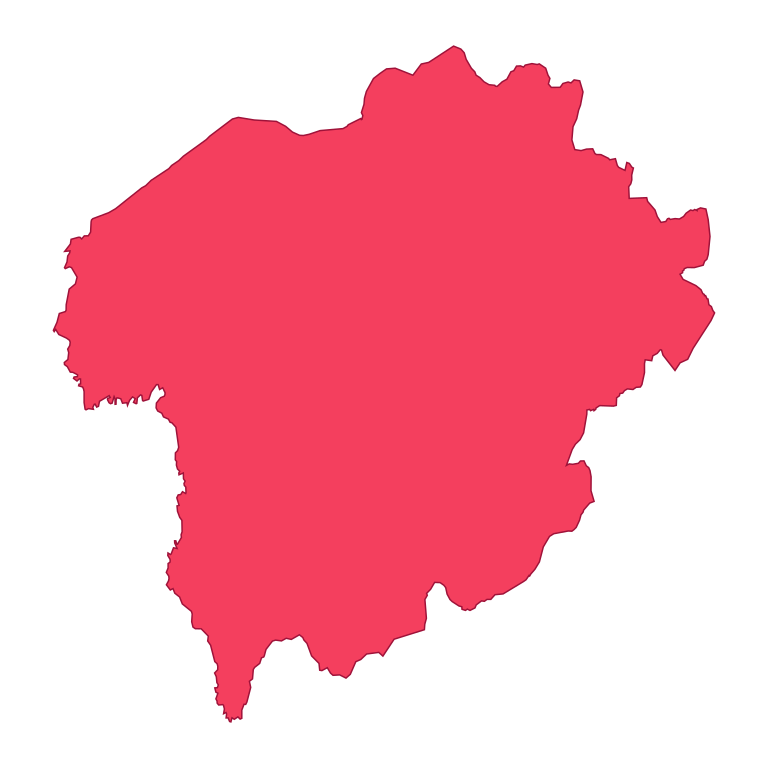 outline of Ngoma, Eastern, Rwanda
{"feature_id": "39286606B28964371534134", "entity_name": "Ngoma", "entity_type": "district", "adm_level": 2, "iso_a3": "RWA", "parent_name": "Rwanda", "parent_adm1": "Eastern", "projection": "equal_earth", "projection_center": [30.488, -2.198], "detail": "fine", "context": "isolated", "style": "filled", "palette": "rose", "viewbox_px": 768, "rotation_deg": 0, "n_neighbors": 0, "source": "geoboundaries", "source_scale": "gbopen_adm2", "svg_char_len": 6018}
<svg xmlns="http://www.w3.org/2000/svg" viewBox="0 0 768 768"><path d="M71.1,239.3L70.4,244.0L64.7,251.4L70.0,250.9L69.7,252.8L67.7,256.0L67.0,262.0L64.5,267.7L65.3,268.6L69.3,266.8L71.5,267.6L77.1,277.1L75.4,283.9L69.2,289.1L66.2,304.7L66.1,310.3L65.3,311.6L59.3,313.5L57.0,322.3L53.4,330.3L54.2,331.6L55.7,329.4L58.8,334.5L66.5,338.1L69.5,340.3L70.2,342.2L69.8,345.5L67.7,349.1L68.7,352.6L67.9,359.5L64.3,362.5L64.5,364.6L67.3,366.6L70.3,372.1L72.8,372.3L77.6,374.8L77.4,376.6L74.1,377.0L73.5,378.4L77.0,381.0L79.3,378.9L80.5,379.0L80.6,383.9L79.0,384.2L78.6,385.8L82.6,387.0L83.5,388.9L84.1,391.6L84.1,402.6L85.1,409.2L86.0,409.8L88.5,408.6L93.4,409.3L92.8,407.3L94.3,404.3L95.1,404.1L96.7,407.1L98.5,406.3L99.5,401.3L109.2,395.6L110.2,397.5L107.6,398.5L107.5,399.7L109.0,402.7L110.5,403.7L112.1,403.2L114.1,396.6L115.0,398.6L115.1,404.3L116.0,404.2L116.1,399.8L116.9,397.9L117.8,397.9L120.8,398.8L122.5,403.2L126.9,402.7L127.5,405.4L129.6,400.3L132.5,396.9L135.2,398.6L133.5,402.4L136.1,403.7L136.8,403.4L137.4,397.8L140.5,394.9L141.8,395.4L142.6,400.6L143.3,401.0L148.8,399.3L151.2,392.1L156.5,384.6L158.1,384.6L159.6,389.5L162.7,387.8L163.4,389.2L165.1,392.8L164.9,394.8L164.3,396.2L160.6,397.7L156.4,403.1L156.1,407.9L157.7,411.0L161.8,413.2L163.5,416.9L168.4,419.1L170.1,422.3L171.8,422.7L175.9,427.2L178.7,447.3L177.6,450.6L175.4,452.9L175.3,459.8L176.6,461.5L176.4,465.1L177.5,469.0L179.7,471.2L178.8,473.0L179.0,474.8L183.3,473.0L183.5,478.8L185.1,481.1L184.0,483.5L184.3,485.4L185.8,487.1L186.0,492.6L185.7,493.5L182.5,491.7L180.7,494.5L178.2,494.9L176.8,497.8L179.1,505.4L177.0,505.9L177.5,511.3L179.7,517.3L181.9,520.4L182.1,531.8L181.1,534.7L181.4,537.5L177.5,544.2L176.8,544.1L175.8,540.8L174.6,540.8L174.7,543.0L177.1,548.5L173.5,547.8L171.2,553.9L170.4,554.5L168.0,553.0L167.8,555.5L170.0,559.2L170.2,561.0L169.9,562.3L168.1,563.5L168.1,568.0L166.3,572.4L168.8,576.2L169.0,578.5L168.5,580.9L166.4,584.8L170.3,590.0L173.0,588.6L174.8,593.2L179.6,597.0L182.3,603.9L191.4,611.3L192.2,614.0L191.7,621.8L193.0,627.1L195.3,628.7L201.2,628.8L208.3,636.1L207.7,641.0L210.6,645.2L214.8,661.6L217.1,663.7L217.8,666.2L217.7,669.7L214.6,673.0L216.3,676.7L216.9,682.6L218.3,684.9L217.4,687.6L214.8,687.9L215.9,692.2L217.9,693.2L215.9,698.9L217.0,700.9L217.2,703.2L218.7,705.0L222.8,704.6L223.5,705.4L224.4,708.9L223.6,713.7L226.0,712.5L226.6,713.9L226.1,717.9L228.1,717.9L229.6,721.5L230.9,721.9L232.0,717.8L234.3,719.3L237.9,716.9L240.1,719.1L241.8,718.3L241.8,710.1L244.0,704.3L245.7,704.4L246.9,702.0L250.7,687.4L249.4,681.3L252.5,678.9L253.3,669.5L254.6,667.4L259.7,663.4L261.5,657.8L263.7,657.0L264.3,655.8L266.0,649.4L272.4,641.1L275.6,640.1L281.5,640.9L286.2,638.3L291.3,639.4L299.4,634.8L302.8,637.5L303.9,640.0L307.0,643.4L311.6,655.9L319.0,663.4L319.7,670.2L321.9,670.6L327.3,667.7L330.5,673.1L333.0,675.3L339.7,674.9L346.0,678.1L350.3,674.3L355.8,661.7L360.8,659.5L366.6,654.0L378.8,652.4L382.9,656.1L394.1,639.2L424.4,629.7L424.8,624.2L426.4,618.3L424.9,599.5L427.3,595.3L426.6,593.4L430.6,589.3L434.6,582.4L440.1,582.6L443.8,585.2L445.7,587.6L447.1,594.1L450.0,599.5L452.2,601.6L459.0,606.0L461.8,606.7L462.0,609.3L465.5,610.4L467.3,609.1L470.0,610.4L475.0,607.9L476.2,604.9L481.5,600.9L484.4,601.3L487.0,599.4L490.8,599.4L495.0,594.7L503.1,593.9L523.4,581.6L526.0,579.8L529.0,575.5L529.9,576.6L529.6,576.1L530.8,574.0L534.9,569.3L539.4,561.9L543.3,546.9L549.5,536.4L553.8,533.7L568.2,531.0L571.9,531.2L574.0,529.6L576.2,527.4L579.5,520.3L581.0,514.8L583.0,512.3L583.7,510.0L589.7,503.1L594.1,501.4L591.0,490.7L591.1,476.8L590.0,470.6L588.7,467.6L586.3,465.8L584.0,460.9L580.4,461.0L578.4,463.3L572.6,464.3L569.2,463.9L566.4,465.4L572.2,449.5L575.4,444.2L580.1,439.6L583.6,432.9L586.8,414.2L586.9,410.0L589.6,409.4L590.5,410.7L593.7,409.4L594.0,410.7L595.7,409.4L596.1,407.9L599.7,405.6L613.5,406.1L616.3,405.4L616.6,397.8L619.4,395.8L619.9,393.5L622.7,393.1L624.5,390.6L627.4,388.9L633.0,389.5L636.2,387.3L640.4,387.0L641.9,384.6L644.5,372.6L644.5,363.6L645.2,359.8L651.7,360.7L652.8,355.8L657.2,353.4L660.3,349.7L661.5,350.0L663.0,355.1L675.0,370.5L680.1,362.8L687.7,359.3L693.1,348.3L711.0,320.6L714.6,312.9L712.8,310.4L711.4,306.6L708.9,304.7L708.0,299.0L707.0,298.8L705.6,295.6L704.5,295.7L704.2,294.4L702.8,293.6L701.0,289.7L695.9,285.6L683.1,279.4L680.0,274.2L682.6,272.7L682.5,271.0L683.7,270.4L684.3,268.7L687.1,267.5L694.3,267.6L703.2,265.2L704.6,261.3L706.9,259.2L708.2,254.7L710.0,236.5L708.2,219.6L705.9,209.0L700.5,207.9L697.0,209.5L697.1,210.6L694.7,209.5L693.0,210.6L690.6,210.0L686.1,213.2L683.6,216.5L679.4,219.0L675.1,218.6L670.3,219.4L669.0,218.3L667.5,218.8L665.8,221.5L661.0,222.4L657.3,216.6L655.0,210.0L647.6,201.4L646.7,197.7L629.2,198.4L628.7,186.7L630.8,183.8L631.8,179.9L631.7,175.1L633.4,168.0L631.9,167.2L629.3,163.4L626.8,162.5L625.0,170.4L618.6,167.3L617.3,165.4L615.4,158.7L609.6,159.8L608.6,158.4L600.9,154.6L596.3,154.5L594.9,153.5L592.7,148.8L586.5,149.1L581.1,150.6L574.8,149.6L571.9,139.9L573.0,126.7L576.7,118.8L578.6,110.2L580.5,105.1L583.0,92.0L579.7,80.8L574.1,79.9L571.0,82.9L568.1,82.0L562.9,83.5L560.2,87.3L551.3,87.4L548.4,84.0L549.9,78.4L548.0,75.2L545.7,68.2L539.3,63.9L537.2,64.5L531.9,63.6L525.2,65.1L523.6,67.1L520.5,65.9L516.5,66.1L513.8,70.7L510.9,71.8L506.9,79.2L502.2,81.8L497.2,86.4L495.4,86.2L494.8,85.3L489.0,84.7L484.0,81.8L479.9,77.6L476.1,75.2L474.8,71.8L471.4,68.3L466.2,59.4L464.2,52.8L460.9,49.1L453.6,46.1L428.7,62.4L421.3,64.0L412.9,75.2L395.2,68.2L386.5,68.9L380.2,73.3L373.5,78.5L366.4,91.4L364.5,98.2L364.0,104.3L361.4,112.6L362.8,115.5L362.0,119.3L361.3,119.6L360.8,118.5L348.3,124.7L347.0,126.4L343.0,128.6L320.1,130.6L309.1,134.3L303.4,135.5L299.6,135.3L292.5,132.1L285.6,126.3L276.4,121.4L254.2,120.0L238.3,117.4L232.4,119.0L209.7,136.2L206.3,139.6L183.4,156.2L178.8,160.6L171.6,165.5L168.9,168.6L151.2,180.3L145.7,185.7L141.7,187.9L115.6,208.7L108.7,212.7L92.8,218.7L91.5,220.0L91.1,221.9L90.6,232.1L88.3,235.8L84.3,235.9L81.7,238.9L80.0,237.3L78.3,237.3L71.1,239.3Z" fill="#f43f5e" stroke="#9f1239" stroke-width="1.5"/></svg>